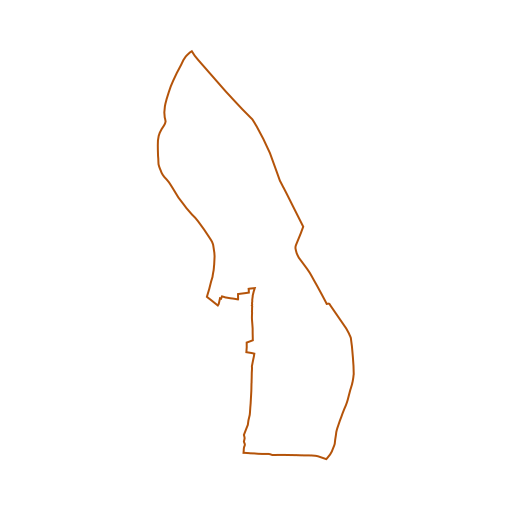 outline of Chau Thanh, Bến Tre, Vietnam, rotated 75°
{"feature_id": "81297802B56564979250046", "entity_name": "Chau Thanh", "entity_type": "district", "adm_level": 2, "iso_a3": "VNM", "parent_name": "Vietnam", "parent_adm1": "Bến Tre", "projection": "orthographic", "projection_center": [106.327, 10.29], "detail": "fine", "context": "isolated", "style": "outline", "palette": "amber", "viewbox_px": 512, "rotation_deg": 75, "n_neighbors": 0, "source": "geoboundaries", "source_scale": "gbopen_adm2", "svg_char_len": 3847}
<svg xmlns="http://www.w3.org/2000/svg" viewBox="0 0 512 512"><g transform="rotate(75 256 256)"><path d="M442.9,319.0L443.3,317.6L444.1,315.3L444.5,314.1L445.2,312.3L446.2,308.9L447.5,305.4L448.5,302.2L449.6,298.3L450.3,295.7L450.5,295.0L451.0,293.9L451.3,293.4L452.1,292.3L452.5,291.6L454.0,285.7L455.7,279.4L459.0,267.9L460.4,263.4L463.0,254.1L463.9,251.6L464.4,250.2L464.8,249.3L465.6,247.8L470.4,240.7L469.7,239.6L466.9,235.8L464.9,233.8L464.4,233.3L463.0,232.3L459.7,229.8L458.2,228.8L457.4,228.4L456.6,228.1L453.8,227.0L449.3,225.0L446.8,224.0L444.8,222.9L443.0,221.8L442.3,221.3L439.6,219.5L437.8,218.3L436.9,217.7L433.3,215.1L430.8,213.4L426.6,210.3L423.7,208.0L421.0,206.1L418.6,204.6L416.3,203.3L414.0,202.0L411.9,200.8L409.8,199.6L408.4,198.7L404.2,196.1L403.9,196.1L402.8,195.4L401.1,194.6L398.9,193.6L396.9,192.8L396.3,192.6L395.5,192.2L387.5,190.3L379.3,188.7L371.4,187.3L367.9,186.7L365.6,186.4L362.6,186.0L359.7,185.6L357.8,185.8L356.9,186.0L354.8,186.3L351.0,187.2L349.4,187.6L322.9,197.0L321.7,197.3L321.1,197.7L320.8,198.2L320.7,198.7L320.6,200.1L318.6,200.5L310.7,202.3L300.7,204.7L294.1,206.4L290.0,207.4L286.2,208.4L281.6,210.0L275.5,212.4L268.7,215.1L265.8,215.7L263.7,216.0L260.8,216.0L258.9,215.9L257.7,215.6L256.8,215.2L255.7,214.5L245.7,206.9L239.9,202.8L230.2,204.8L217.2,207.5L204.5,210.1L197.1,211.7L196.9,211.8L194.5,212.3L190.4,213.2L190.2,213.3L188.7,213.5L181.2,214.1L160.2,215.9L151.2,217.5L145.0,218.6L131.1,221.8L128.7,222.5L127.5,222.8L123.2,224.1L122.6,224.4L120.4,225.7L110.6,231.3L106.1,233.7L101.8,236.0L89.5,242.5L88.7,242.9L51.7,261.1L46.6,263.4L41.6,265.0L42.3,267.2L44.0,270.4L45.1,272.2L46.6,273.9L48.0,275.5L48.4,275.8L50.6,277.7L51.8,278.7L58.8,285.2L65.2,290.6L68.0,292.8L69.9,294.3L74.8,297.6L81.4,301.8L82.5,302.4L85.1,303.9L87.7,305.2L90.9,306.4L93.6,307.4L98.5,308.3L99.9,308.3L101.4,308.4L102.6,308.5L104.2,309.4L105.1,310.1L106.5,311.5L109.1,314.4L112.1,317.1L114.8,318.9L119.0,320.8L123.7,322.2L128.0,323.3L133.9,324.7L136.7,325.2L139.3,325.8L142.1,326.4L144.5,326.4L146.8,326.2L148.9,325.9L151.0,325.7L153.4,325.1L156.0,324.1L158.8,322.6L160.3,321.9L162.3,321.0L164.7,320.2L168.6,319.0L179.5,315.8L184.6,313.7L188.5,312.1L191.8,310.8L199.4,307.1L203.4,304.8L207.4,303.0L217.0,299.3L225.0,296.6L229.0,295.3L230.9,294.8L233.6,294.5L235.0,294.6L242.1,295.4L245.6,296.1L250.0,297.5L253.7,298.7L255.2,299.3L256.4,299.7L257.7,300.2L259.0,300.7L260.2,301.3L261.7,302.0L263.9,303.0L264.9,303.4L269.1,306.0L275.9,309.8L282.7,314.0L283.3,313.6L287.1,310.7L293.9,305.7L292.9,304.6L291.7,303.9L287.5,301.7L288.2,300.8L286.2,299.3L287.4,297.3L288.1,296.3L288.3,295.8L288.8,294.7L290.4,291.2L291.0,289.6L291.7,288.0L293.3,284.6L293.2,284.5L289.6,283.6L288.1,283.2L289.1,275.8L289.5,272.4L288.0,272.0L285.8,271.6L285.9,270.4L286.7,265.5L287.9,266.3L288.0,266.3L289.5,267.3L291.7,268.5L293.0,269.2L293.8,269.6L294.4,269.7L295.0,270.0L296.2,270.5L297.4,271.0L298.3,271.2L299.3,271.5L300.1,271.9L300.7,272.1L301.4,272.2L302.1,272.3L302.6,272.6L302.7,272.8L303.7,272.7L304.2,272.9L305.0,273.2L306.1,273.5L307.5,273.9L308.7,274.3L309.9,274.5L312.1,275.2L314.5,275.9L316.7,276.4L321.0,277.2L325.1,278.0L330.1,279.3L335.0,280.5L336.2,280.8L336.6,280.9L337.0,284.9L337.2,287.4L341.8,288.6L346.4,290.2L348.6,285.3L349.3,284.0L349.9,282.9L352.6,284.1L356.1,285.9L359.6,287.6L361.4,288.5L361.9,288.6L363.0,288.8L365.0,289.4L365.6,289.6L367.7,290.3L372.9,291.8L375.9,292.7L377.0,293.0L378.1,293.4L383.3,294.9L385.3,295.5L390.5,297.2L397.2,299.4L400.8,300.7L405.8,302.4L407.9,303.2L412.9,305.9L417.0,307.6L419.8,309.7L425.7,314.0L427.5,314.0L428.9,314.1L429.3,314.3L429.5,314.3L430.2,314.7L431.2,315.2L431.8,315.6L432.0,315.7L432.7,315.7L433.0,315.7L433.7,315.6L434.5,315.5L435.4,315.6L436.2,316.0L437.4,316.9L438.4,317.4L439.4,317.8L441.0,318.3L442.9,319.0Z" fill="none" stroke="#b45309" stroke-width="2"/></g></svg>